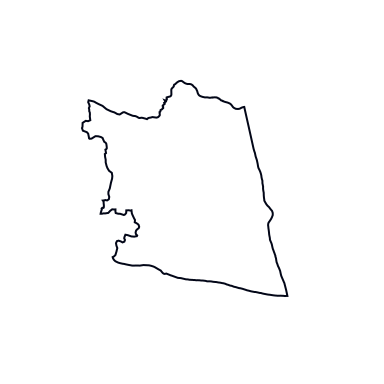 outline of Viengphoukha, Louang Namtha, Laos, rotated 123°
{"feature_id": "54806243B46667129508347", "entity_name": "Viengphoukha", "entity_type": "district", "adm_level": 2, "iso_a3": "LAO", "parent_name": "Laos", "parent_adm1": "Louang Namtha", "projection": "robinson", "projection_center": [101.061, 20.668], "detail": "fine", "context": "isolated", "style": "outline", "palette": "ink", "viewbox_px": 384, "rotation_deg": 123, "n_neighbors": 0, "source": "geoboundaries", "source_scale": "gbopen_adm2", "svg_char_len": 5998}
<svg xmlns="http://www.w3.org/2000/svg" viewBox="0 0 384 384"><g transform="rotate(123 192 192)"><path d="M171.4,328.6L173.2,328.0L174.6,325.8L175.9,324.5L177.8,324.2L178.7,323.2L180.3,322.1L180.9,321.1L182.3,320.0L184.4,318.8L187.2,316.4L189.2,317.7L190.2,319.9L193.6,321.4L195.7,320.1L197.1,319.3L198.3,319.1L200.0,316.9L199.1,312.8L199.6,310.9L201.8,308.7L203.1,307.5L203.1,306.8L201.9,305.3L197.8,303.4L196.4,301.1L195.5,298.3L195.4,296.4L196.6,294.7L197.7,292.9L197.7,291.3L198.2,290.2L199.3,289.2L200.1,288.5L201.7,287.3L202.7,287.2L203.6,287.7L204.6,286.8L206.2,285.3L207.6,285.8L210.0,283.9L211.9,282.0L214.2,280.5L216.7,277.8L218.1,275.8L219.4,273.1L219.6,269.7L222.0,267.5L224.3,266.3L228.4,265.0L233.8,262.9L237.4,262.2L239.3,261.0L241.2,258.7L243.4,257.8L245.3,258.6L246.0,260.4L246.7,260.9L247.7,262.1L248.2,260.9L249.4,260.1L251.1,258.7L252.7,257.7L253.5,257.6L254.1,258.6L255.1,258.8L255.8,258.1L256.7,257.9L258.8,257.3L260.0,256.8L259.2,255.6L258.4,254.9L257.2,253.1L255.1,250.8L252.5,250.4L250.0,249.5L249.2,248.0L248.3,246.7L250.2,245.5L251.2,244.5L250.4,242.0L249.4,240.4L248.4,236.6L247.2,235.9L245.4,235.8L243.2,237.1L241.7,235.0L241.2,233.6L240.3,232.8L242.7,230.8L243.8,229.2L245.6,226.3L246.5,224.6L248.6,223.5L248.4,221.9L248.4,220.0L248.7,218.8L250.0,217.3L251.5,217.0L253.0,217.6L254.7,217.9L256.6,217.3L257.8,216.2L258.3,214.3L259.1,214.2L259.8,215.0L260.9,216.1L262.3,218.7L263.2,222.4L264.1,224.6L266.6,224.1L267.7,223.7L268.7,222.1L270.5,221.7L272.1,222.8L272.2,224.7L272.8,227.1L274.1,228.2L276.3,227.9L278.2,226.1L279.7,224.1L281.5,223.5L283.1,222.9L284.9,222.4L286.5,221.9L288.4,222.3L289.8,223.1L290.6,222.2L291.4,220.6L291.8,218.7L291.7,217.6L291.4,215.4L290.9,213.7L290.5,212.6L289.9,211.0L289.3,209.8L288.8,208.3L288.3,207.0L287.5,205.0L286.9,203.6L286.4,202.3L285.4,200.7L284.5,199.4L282.0,195.5L279.7,192.9L278.2,190.3L276.9,188.1L276.2,186.2L275.5,183.7L275.3,182.4L275.1,178.0L274.9,175.4L275.3,174.3L275.9,172.3L275.9,171.2L275.6,170.3L274.4,169.1L273.8,166.1L273.5,164.5L273.4,164.0L273.3,163.9L271.9,157.9L271.7,157.1L271.4,156.5L270.3,154.5L268.5,149.4L268.3,149.1L267.6,147.9L267.0,146.4L266.7,145.8L265.9,144.5L265.7,144.2L264.8,142.4L264.4,141.9L263.7,140.3L262.9,139.2L262.0,137.7L261.4,136.4L260.2,134.4L259.1,132.1L258.7,130.7L258.2,129.9L257.3,128.6L256.5,127.1L255.8,125.4L255.2,124.2L254.3,122.6L253.5,120.6L252.7,119.0L251.9,116.9L251.5,116.1L250.9,114.3L250.6,112.4L250.2,111.3L249.7,109.0L249.1,107.7L248.6,105.2L247.9,103.4L247.3,101.3L246.9,99.9L246.6,99.6L245.7,97.0L245.3,95.5L244.8,93.7L244.5,92.4L243.8,90.5L243.1,88.3L241.8,85.1L241.2,84.1L240.4,82.0L239.8,80.3L239.1,79.0L238.8,77.8L238.2,76.2L237.5,74.5L236.9,73.0L236.3,71.7L235.7,70.6L235.3,69.6L234.7,68.3L234.2,67.2L233.8,66.4L233.5,65.8L233.0,64.9L232.5,63.9L232.2,63.4L231.7,62.7L230.7,61.2L230.2,60.3L229.5,59.2L228.6,57.3L228.1,56.7L227.2,55.4L223.0,59.6L218.6,64.4L218.1,64.9L217.5,65.9L216.6,67.2L215.8,68.4L214.8,69.9L213.7,71.5L212.5,72.8L211.0,74.3L210.2,75.1L209.2,76.5L208.7,77.2L208.1,78.1L207.3,79.5L206.0,81.1L204.8,82.8L203.2,84.3L201.9,85.4L200.7,86.9L200.0,87.4L199.3,88.4L198.4,89.5L197.7,90.5L196.6,91.9L195.7,93.2L194.6,94.4L192.6,96.4L191.7,97.5L190.9,98.7L189.6,100.6L188.5,101.4L187.7,102.1L186.6,103.2L185.4,104.3L184.1,105.3L182.3,106.8L180.6,108.3L179.8,108.9L178.4,110.1L177.3,110.7L176.0,111.1L173.9,111.0L171.5,111.0L169.7,111.2L167.4,111.7L165.6,112.9L164.3,114.5L163.5,117.1L162.7,119.2L162.4,121.1L161.8,122.9L160.7,125.1L159.9,126.6L159.1,127.2L157.5,128.6L156.6,129.3L155.7,130.0L153.5,131.5L152.6,132.4L151.5,133.4L150.1,134.5L148.9,135.2L147.1,136.9L146.3,137.7L145.1,138.5L144.2,139.1L143.1,140.4L141.7,141.8L140.6,142.7L139.5,143.8L138.0,145.6L136.8,147.4L135.7,149.3L134.6,150.5L132.7,152.2L131.1,153.8L130.0,154.9L129.1,156.0L127.6,157.9L124.9,160.6L124.1,161.7L122.2,163.9L106.6,179.8L94.2,192.5L92.2,194.5L92.7,195.1L94.2,196.3L96.2,197.4L97.3,198.6L98.4,200.6L98.6,202.6L98.5,203.7L97.6,206.1L97.3,207.1L97.2,208.5L97.6,210.8L98.4,213.2L99.0,215.6L98.8,215.8L98.9,216.3L99.1,216.7L99.3,217.4L99.3,217.8L99.1,218.3L99.0,218.8L99.1,219.2L99.1,219.7L98.9,220.4L99.2,220.9L99.0,221.7L99.1,222.2L99.3,222.5L99.4,223.0L99.5,223.4L99.8,223.7L100.1,224.3L100.4,224.8L100.8,225.3L101.2,225.7L101.6,226.1L101.6,226.5L102.5,227.4L103.3,228.4L104.4,230.9L105.6,232.6L106.5,235.0L106.9,236.6L107.1,238.0L107.0,238.9L106.6,239.9L106.1,240.8L105.0,242.1L104.6,242.5L104.0,243.5L103.2,244.7L102.9,245.7L102.8,246.6L102.6,248.3L102.2,249.3L102.1,250.5L102.2,251.6L102.8,253.0L103.8,254.4L104.3,255.8L104.6,257.5L104.5,259.2L104.4,260.7L104.7,261.7L106.1,263.2L107.9,264.1L109.7,264.6L110.7,264.8L111.7,265.4L112.4,265.3L113.4,264.8L114.4,264.9L115.5,265.2L116.8,265.3L117.6,265.0L120.7,262.9L121.8,262.2L123.2,262.1L123.8,262.4L126.2,264.6L126.5,264.8L126.7,264.7L127.0,264.3L127.1,264.2L127.5,264.2L127.7,263.9L127.9,263.6L128.3,263.6L129.1,263.4L129.0,263.6L129.0,263.8L129.3,263.9L129.7,264.1L129.9,264.3L130.0,264.8L130.2,264.4L130.3,264.1L130.5,263.9L130.8,263.7L131.0,263.5L131.3,263.5L131.6,263.7L132.0,263.6L132.3,263.8L132.4,263.6L132.6,263.1L133.0,262.9L133.3,263.2L133.7,263.3L134.1,263.2L134.4,263.4L135.0,263.5L135.7,263.5L135.7,263.2L135.9,262.9L136.3,262.6L136.6,262.3L137.2,262.3L137.5,261.9L138.1,262.2L138.6,262.1L139.2,262.3L140.0,262.8L140.5,263.0L140.9,262.8L141.4,262.5L142.0,262.4L142.7,262.7L142.9,262.4L143.3,262.2L143.7,262.0L144.1,261.5L144.5,261.3L144.9,261.0L145.4,260.8L146.2,260.9L146.9,261.0L147.8,261.3L148.9,262.2L149.5,263.4L150.7,266.0L152.0,267.1L152.7,267.9L153.7,268.9L155.4,269.4L155.7,270.6L156.7,273.7L157.2,274.8L158.0,275.7L158.6,276.4L158.9,277.4L158.8,278.5L159.1,280.5L159.4,281.3L160.0,282.4L160.4,283.4L160.7,284.9L161.4,288.4L161.7,291.1L161.9,292.2L162.7,293.2L164.0,293.8L165.6,294.5L166.4,294.9L167.3,297.1L167.5,300.5L167.8,301.4L168.5,304.1L169.1,308.7L169.0,309.9L168.5,313.9L169.1,318.1L169.4,320.9L169.5,323.2L169.9,324.6L171.4,328.6Z" fill="none" stroke="#020617" stroke-width="2"/></g></svg>